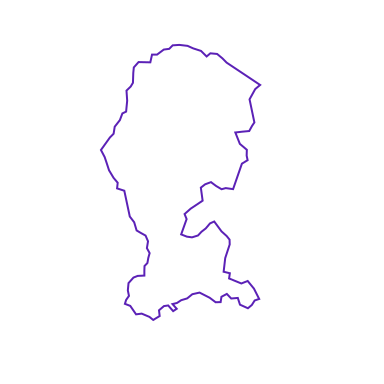 the district of Humaitá, Rio Grande do Sul, Brazil, rotated 297°
{"feature_id": "56859067B44026938864112", "entity_name": "Humaitá", "entity_type": "district", "adm_level": 2, "iso_a3": "BRA", "parent_name": "Brazil", "parent_adm1": "Rio Grande do Sul", "projection": "robinson", "projection_center": [-54.001, -27.586], "detail": "fine", "context": "isolated", "style": "outline", "palette": "violet", "viewbox_px": 384, "rotation_deg": 297, "n_neighbors": 0, "source": "geoboundaries", "source_scale": "gbopen_adm2", "svg_char_len": 1673}
<svg xmlns="http://www.w3.org/2000/svg" viewBox="0 0 384 384"><g transform="rotate(297 192 192)"><path d="M127.2,300.4L134.0,291.1L138.0,282.0L132.9,277.5L131.8,264.3L136.8,262.6L135.3,256.4L148.2,251.6L162.4,249.4L166.6,247.1L168.5,242.9L170.3,236.2L175.8,225.2L172.2,222.3L165.8,220.8L160.9,218.5L156.0,217.1L151.6,212.6L149.9,207.7L149.3,201.6L165.4,199.5L169.0,195.4L176.6,198.4L189.1,205.4L199.9,197.9L204.8,200.2L209.4,204.4L208.3,210.8L207.9,217.1L210.8,220.3L213.2,227.3L239.9,223.6L245.6,227.1L249.2,224.2L254.5,221.7L256.6,212.8L264.7,203.6L268.5,209.3L272.3,215.3L278.3,215.5L282.3,216.0L300.7,201.2L312.4,201.6L318.3,204.1L323.0,164.1L324.9,158.4L326.4,151.7L323.9,145.4L319.4,143.5L321.8,136.0L320.5,127.8L320.2,121.7L317.3,113.9L313.9,108.2L309.2,106.7L306.1,102.2L298.6,98.5L296.3,94.0L288.6,96.0L283.5,85.4L276.6,83.6L271.5,85.6L262.5,89.8L258.1,89.5L252.6,87.6L243.9,92.8L233.7,96.8L230.4,94.3L223.3,95.1L215.1,93.5L208.3,95.7L203.3,94.1L188.1,91.8L183.5,98.3L179.2,102.7L173.7,108.2L169.0,115.7L166.5,121.6L161.2,123.6L162.4,131.1L141.9,147.7L138.8,154.2L132.6,160.1L132.3,164.7L132.1,170.4L128.1,175.2L121.5,177.3L118.3,182.0L113.4,183.0L108.5,184.5L104.5,183.3L100.2,185.3L95.9,187.5L92.6,181.7L89.2,178.7L82.0,176.8L75.2,179.5L70.8,183.0L65.9,182.3L61.9,183.0L62.5,188.7L57.6,197.7L60.8,202.4L61.4,210.8L60.4,215.5L66.8,219.5L71.6,216.3L77.6,218.8L80.1,222.3L77.3,229.3L81.0,231.4L83.3,225.5L86.3,229.0L90.7,231.5L95.0,236.0L101.1,238.7L105.8,244.4L105.8,255.8L104.5,263.1L106.9,267.5L112.0,265.8L117.0,269.3L114.9,275.3L118.4,280.9L113.4,285.9L113.8,294.6L118.5,296.6L123.8,297.1L127.2,300.4Z" fill="none" stroke="#5b21b6" stroke-width="2"/></g></svg>